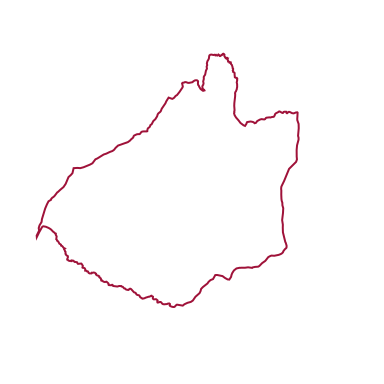 outline of Nanyumbu, Mtwara, United Republic of Tanzania, rotated 307°
{"feature_id": "72390352B85678020314776", "entity_name": "Nanyumbu", "entity_type": "district", "adm_level": 2, "iso_a3": "TZA", "parent_name": "United Republic of Tanzania", "parent_adm1": "Mtwara", "projection": "mercator", "projection_center": [38.515, -11.051], "detail": "fine", "context": "isolated", "style": "outline", "palette": "rose", "viewbox_px": 384, "rotation_deg": 307, "n_neighbors": 0, "source": "geoboundaries", "source_scale": "gbopen_adm2", "svg_char_len": 5935}
<svg xmlns="http://www.w3.org/2000/svg" viewBox="0 0 384 384"><g transform="rotate(307 192 192)"><path d="M62.6,95.2L67.7,94.2L73.5,93.4L74.5,93.5L75.2,94.0L76.3,96.2L77.0,99.1L77.2,101.0L77.2,102.1L76.7,105.2L76.8,106.6L76.5,107.5L76.8,108.3L75.8,109.0L75.1,110.6L72.6,112.0L72.6,112.6L71.9,113.6L72.0,114.8L70.9,117.3L71.1,118.5L71.0,119.2L70.4,119.7L70.7,121.0L70.1,123.1L70.3,124.2L69.9,124.0L69.2,124.4L69.0,125.3L68.2,126.3L68.1,127.0L66.7,128.0L66.7,128.3L66.1,128.8L65.9,130.4L66.1,131.3L65.9,131.6L65.2,132.2L63.4,132.7L62.9,133.0L63.1,133.9L62.9,134.3L63.0,135.0L63.3,135.8L64.1,136.6L64.0,137.0L64.2,137.3L64.9,137.0L65.1,137.2L65.0,137.7L65.8,138.7L65.5,139.9L65.6,140.6L66.1,141.1L66.7,142.6L66.2,143.3L66.0,144.2L68.2,146.6L68.2,147.0L67.4,149.2L65.7,150.0L65.7,150.3L66.4,151.5L66.5,152.3L66.0,153.3L64.9,154.0L65.5,155.0L65.4,156.0L65.8,156.3L65.9,156.8L65.2,158.1L65.3,159.1L66.5,160.7L67.3,160.6L67.6,161.2L68.4,161.8L69.0,162.9L69.0,164.6L68.7,164.9L68.3,165.0L68.3,165.3L68.3,166.6L68.8,167.7L68.8,168.8L68.1,169.3L68.1,171.2L67.6,171.7L67.2,172.6L66.7,172.8L66.8,173.3L67.2,173.5L67.1,175.2L67.7,176.7L68.8,177.5L68.9,177.9L68.7,180.1L68.5,180.6L67.7,181.1L67.6,181.6L68.9,183.6L69.8,184.0L70.0,184.4L69.5,185.2L69.6,185.8L71.3,188.8L71.7,189.4L73.1,190.4L74.3,192.1L74.1,192.6L74.6,193.7L74.2,195.9L74.6,196.5L74.4,197.8L74.7,198.7L75.4,200.1L76.2,200.4L76.7,200.3L77.5,200.7L77.7,201.1L77.8,201.9L77.0,206.0L77.5,207.6L76.8,209.3L76.9,210.3L77.6,211.8L77.5,212.6L76.8,214.0L76.8,214.7L77.1,215.4L76.9,216.1L77.1,216.8L78.7,218.1L79.6,218.5L82.4,220.5L82.9,221.1L84.7,221.9L84.8,222.1L84.6,222.4L84.9,223.8L83.4,224.8L83.2,225.4L83.2,225.9L83.6,226.5L84.7,227.7L84.8,228.4L84.7,229.8L83.3,230.4L83.0,231.0L83.7,231.8L84.7,232.4L85.3,233.2L85.3,233.8L84.9,235.5L85.0,236.3L85.5,237.3L87.5,239.5L88.2,239.8L89.3,240.9L89.3,241.7L88.7,242.2L88.0,242.4L87.8,242.9L88.1,244.5L88.6,245.7L89.2,246.7L89.8,247.2L91.9,247.4L93.0,247.8L95.7,253.0L97.8,253.5L100.8,255.1L103.5,257.2L105.8,258.0L110.4,257.8L115.8,258.9L117.9,258.5L120.1,257.6L122.6,257.9L128.3,259.4L130.2,259.3L132.8,259.8L135.1,261.2L139.7,260.6L140.9,262.1L143.2,267.0L143.2,270.0L143.6,273.0L144.5,274.5L147.7,274.3L149.7,273.4L151.7,272.9L154.6,272.7L157.7,273.5L160.1,275.6L163.6,280.1L165.6,282.1L167.6,285.7L168.1,285.7L170.1,287.4L172.2,289.8L173.4,290.3L177.4,290.8L181.1,292.0L185.9,292.1L188.1,293.1L189.1,293.8L190.6,296.1L194.0,299.1L195.8,300.2L197.0,300.7L198.0,300.9L198.8,300.9L199.5,300.6L200.7,300.6L202.1,300.6L204.0,301.0L204.9,300.7L206.1,299.8L207.8,297.5L208.3,296.5L214.5,288.9L218.1,286.0L220.6,284.2L223.8,280.9L230.0,277.3L234.0,274.6L235.8,272.2L237.8,270.6L239.0,268.9L240.3,267.6L243.6,264.9L247.0,262.4L248.0,261.4L249.4,260.5L250.2,260.1L256.3,258.9L268.9,255.6L278.7,257.0L281.2,256.2L283.3,254.3L288.5,250.3L292.5,247.8L297.9,245.6L299.4,244.5L300.7,242.9L307.1,238.9L310.5,236.2L312.8,232.8L314.1,231.8L315.5,230.9L318.9,228.6L319.0,228.2L318.3,227.3L316.0,225.9L315.2,224.5L314.8,222.2L314.4,221.2L313.6,220.8L312.2,220.6L312.0,220.3L312.0,220.0L312.8,219.0L312.0,217.8L311.1,217.0L309.8,217.0L309.5,216.5L309.1,213.7L308.8,213.1L308.2,213.0L305.2,211.6L304.1,211.5L302.8,212.0L301.2,212.0L300.1,210.8L298.6,209.7L298.2,208.9L296.1,206.7L295.6,206.5L294.2,206.5L293.4,206.0L292.0,203.6L290.6,202.6L287.9,201.4L285.6,201.4L284.6,200.6L284.8,199.2L284.2,197.6L283.5,196.3L281.4,194.3L280.8,193.9L279.2,194.4L276.7,194.6L276.3,193.0L276.3,189.2L277.2,186.1L278.0,182.3L279.0,179.8L280.3,178.1L281.4,177.8L281.8,177.2L282.9,176.8L286.2,173.9L288.5,172.3L294.3,168.9L296.3,167.5L296.7,167.0L297.8,166.5L298.8,166.5L301.3,165.8L301.8,165.4L303.0,164.9L305.3,163.1L306.4,161.8L308.7,160.7L309.0,160.2L309.7,160.0L310.1,159.1L309.6,158.4L309.4,157.2L311.6,155.2L312.6,154.5L312.8,154.1L312.7,152.4L313.4,152.1L313.6,151.4L315.0,150.9L315.3,150.5L315.4,149.8L316.1,149.3L317.5,147.3L317.6,146.3L318.9,144.9L318.7,144.5L317.9,144.1L318.3,143.5L317.9,142.3L318.8,141.7L318.9,141.1L319.3,140.6L319.3,140.3L320.2,140.2L320.0,139.8L320.2,139.5L319.4,139.0L319.7,138.6L319.3,138.2L319.5,137.8L319.4,137.5L319.7,137.1L319.9,136.3L320.3,135.8L321.2,135.3L321.4,134.5L321.3,133.8L321.0,133.6L320.6,133.8L319.6,133.2L319.4,133.4L319.0,133.1L317.8,132.9L317.7,132.5L317.3,132.2L317.7,131.3L317.7,130.9L317.4,130.7L317.5,130.3L316.3,130.2L315.9,129.4L316.0,128.7L315.2,128.4L315.4,127.8L315.2,127.4L314.3,126.7L313.5,124.9L312.6,124.0L311.5,123.7L310.6,124.1L309.1,125.0L307.9,125.4L305.7,125.6L303.6,126.5L302.5,127.8L301.0,128.2L299.5,129.7L297.3,130.1L293.6,131.9L291.4,132.0L290.6,132.4L289.4,133.4L287.0,134.4L285.8,135.8L284.2,136.5L283.6,136.4L282.6,136.7L281.9,137.3L281.1,138.1L280.8,139.3L280.9,140.2L280.6,140.8L279.5,140.0L279.4,139.7L279.4,136.9L280.4,134.4L281.1,133.3L281.2,132.5L282.0,131.6L284.1,130.2L284.2,129.8L284.2,128.7L283.1,127.3L281.4,126.5L280.0,126.3L277.4,124.0L276.7,123.0L276.2,121.3L275.6,120.3L274.5,119.7L273.6,118.8L272.8,118.7L270.8,121.1L269.8,121.5L264.5,121.8L260.4,121.7L258.9,121.1L256.5,121.0L255.3,120.6L254.5,120.2L253.3,116.5L248.8,116.9L246.8,117.4L240.3,117.7L237.9,118.4L236.9,118.4L234.4,117.8L233.3,117.9L231.4,118.6L228.1,118.9L225.4,118.4L221.8,119.0L220.5,118.5L218.8,119.0L218.2,119.0L216.4,118.5L215.7,118.6L214.0,119.4L213.6,119.7L213.2,119.4L211.3,116.9L210.2,115.8L209.1,115.4L207.4,115.5L206.7,115.3L205.4,113.7L204.7,113.1L202.2,111.8L201.3,111.8L200.3,112.2L199.7,112.2L197.0,111.6L196.0,111.6L193.3,110.8L184.6,105.0L181.2,104.4L178.9,104.4L176.9,103.8L174.4,102.2L171.1,100.5L168.8,98.9L161.8,96.2L160.0,95.2L155.0,95.2L152.4,94.0L146.5,90.5L143.8,88.4L142.3,86.0L139.8,83.1L135.1,85.2L132.6,85.0L129.6,84.4L122.5,86.2L118.6,86.4L114.7,85.5L111.3,84.9L110.6,84.6L106.2,84.6L104.4,84.3L103.6,83.9L101.8,83.7L101.0,84.1L98.2,83.0L94.8,83.6L90.4,84.7L80.0,88.5L77.5,89.9L73.6,90.3L70.9,91.3L69.3,93.1L63.7,94.2L62.6,95.2Z" fill="none" stroke="#9f1239" stroke-width="2"/></g></svg>